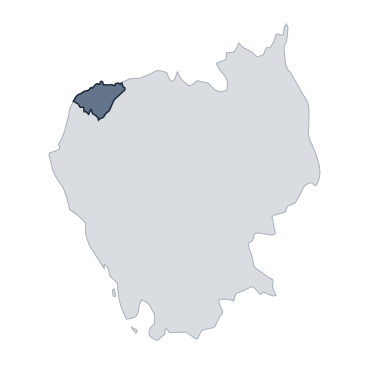 location of Otdar Mean Chey within Cambodia, rotated 348°
{"feature_id": "KHM-1782", "entity_name": "Otdar Mean Chey", "entity_type": "Province", "adm_level": 1, "iso_a3": "KHM", "parent_name": "Cambodia", "parent_adm1": "", "projection": "equal_earth", "projection_center": [103.537, 14.166], "detail": "fine", "context": "in_parent", "style": "filled", "palette": "slate", "viewbox_px": 384, "rotation_deg": 348, "n_neighbors": 0, "source": "natural_earth", "source_scale": "10m", "svg_char_len": 3983}
<svg xmlns="http://www.w3.org/2000/svg" viewBox="0 0 384 384"><g transform="rotate(348 192 192)"><path d="M319.3,47.3L320.1,51.0L318.1,58.0L315.9,64.4L311.7,69.9L311.5,74.0L310.2,86.2L310.7,90.0L311.7,93.4L313.1,95.1L316.8,107.1L320.2,117.9L323.5,126.8L324.1,132.5L321.2,146.7L317.8,159.9L318.1,166.4L319.7,173.0L321.3,181.7L322.0,192.9L321.1,200.2L319.6,204.7L316.6,209.4L313.9,211.7L310.8,207.8L308.2,207.6L304.8,208.8L302.2,210.6L296.8,217.5L290.8,224.1L282.5,225.8L279.3,230.7L275.8,231.4L269.2,231.6L264.9,232.8L265.2,235.3L264.8,247.0L264.9,249.7L264.3,250.4L261.3,250.8L256.2,249.0L249.4,246.1L244.5,245.6L242.1,250.7L240.6,252.7L238.7,253.0L236.8,253.9L236.2,256.2L236.0,259.1L237.0,263.9L237.3,271.7L237.1,277.0L238.9,280.3L249.4,291.5L252.5,294.3L252.8,296.0L251.0,302.1L252.7,310.7L249.4,310.5L243.9,306.9L241.3,304.6L238.2,306.4L237.1,306.1L234.9,301.8L232.1,297.5L229.2,297.2L223.1,298.9L216.9,300.1L214.6,300.1L213.6,300.9L210.0,307.3L208.5,306.2L202.2,303.8L196.5,302.8L195.3,304.5L196.0,309.7L197.3,314.8L196.5,317.0L193.4,319.7L189.3,324.5L186.7,328.3L185.0,329.2L178.6,329.1L172.3,329.6L169.8,333.1L167.5,335.9L165.4,336.7L157.2,327.9L140.8,324.8L139.0,320.9L137.5,320.2L136.0,325.2L127.0,330.0L123.2,327.1L120.5,323.6L120.9,319.2L123.5,315.7L128.0,313.2L130.0,304.3L126.6,292.9L123.6,289.6L120.5,286.9L117.2,291.2L114.4,298.4L111.5,302.1L107.4,303.0L101.4,302.7L99.1,291.9L98.3,282.6L99.2,272.0L100.1,265.7L94.3,257.1L94.0,248.8L91.2,244.6L90.4,246.7L90.5,249.1L89.7,247.4L80.6,223.3L79.1,212.1L80.7,203.5L81.6,200.6L79.0,196.0L75.3,190.9L68.8,184.1L68.4,173.5L66.9,160.9L65.0,156.7L62.0,148.9L60.4,142.5L59.9,125.6L60.7,124.2L65.3,123.7L71.2,122.5L72.2,119.8L71.1,117.5L74.9,113.7L80.4,105.3L84.6,96.5L87.6,91.0L89.4,85.5L95.5,77.7L103.9,72.3L109.6,71.1L115.5,69.3L121.2,66.6L123.9,66.4L130.9,69.5L134.8,70.4L138.8,70.3L142.9,70.6L146.5,70.3L155.2,68.1L164.4,69.9L172.6,68.5L182.7,65.9L187.7,67.5L192.2,70.1L192.9,75.2L193.9,77.6L195.4,79.4L197.4,79.4L200.0,75.8L202.2,72.1L202.9,71.4L203.0,73.2L204.1,77.3L206.0,81.2L208.0,83.8L211.2,87.3L213.4,87.5L220.3,84.2L230.7,89.0L231.9,91.4L235.3,96.2L239.0,99.7L247.1,100.0L249.9,91.4L248.5,86.1L243.9,77.0L242.6,71.6L244.0,70.7L251.9,69.7L253.1,68.6L254.8,62.7L257.0,63.4L261.3,64.1L265.9,60.1L268.6,55.9L270.1,57.8L271.7,60.8L273.5,62.5L276.8,65.0L280.5,68.6L282.7,72.2L284.6,73.5L289.2,72.6L290.4,72.7L293.1,68.4L295.0,66.1L296.6,66.8L299.0,66.7L303.8,61.2L306.5,56.3L308.0,54.9L312.4,57.4L314.1,56.9L316.6,50.0L319.3,47.3ZM96.0,277.6L95.1,278.2L94.3,278.2L93.4,277.2L93.5,273.3L94.2,270.9L95.6,270.5L96.0,277.6ZM109.7,315.9L107.9,318.5L104.9,313.1L105.0,311.6L109.7,315.9Z" fill="#d9dde1" stroke="#a8b0b8" stroke-width="1"/><path d="M126.2,64.9L126.7,65.1L127.1,65.4L127.4,65.8L127.6,66.5L127.4,68.1L127.6,68.7L128.0,68.9L129.7,69.1L132.6,70.0L133.6,70.2L134.2,70.1L134.6,70.0L135.0,70.0L135.8,70.3L136.3,70.7L136.8,71.2L137.4,71.6L138.1,71.8L139.0,71.7L139.2,71.3L139.4,70.8L139.8,70.2L142.5,70.0L143.9,71.5L145.6,71.0L146.1,70.7L146.1,70.9L146.3,73.9L146.5,74.4L146.8,75.0L147.5,75.6L147.9,76.1L148.0,76.5L147.9,77.0L147.7,77.4L147.5,78.2L139.8,82.8L136.4,84.7L134.5,86.3L128.2,95.0L127.5,95.6L124.7,96.9L123.8,97.5L121.6,99.8L120.8,100.4L119.8,100.8L117.9,101.1L116.9,101.4L115.5,102.3L115.4,100.1L114.7,98.6L114.4,98.1L111.4,95.0L111.1,94.6L111.0,94.4L110.4,90.4L109.2,91.4L108.5,92.3L107.1,94.6L105.1,91.7L104.5,91.0L104.3,91.0L103.9,91.0L103.6,91.1L103.4,91.1L103.1,91.1L103.1,90.7L103.6,87.3L103.6,87.0L103.6,86.7L103.4,86.5L101.0,86.1L100.5,85.9L100.2,85.7L99.7,84.7L99.3,83.2L98.9,82.2L98.6,81.9L98.3,81.6L97.8,81.3L95.4,79.0L94.8,78.6L98.2,74.8L99.8,73.6L100.8,73.2L103.8,72.6L106.1,71.7L107.6,71.1L111.0,71.1L112.0,70.9L112.9,70.4L114.3,69.1L115.0,68.8L115.2,69.0L115.5,69.3L115.8,69.6L116.4,69.7L116.7,69.5L118.6,67.8L120.5,66.5L121.4,66.3L122.3,66.7L123.0,67.3L123.7,67.5L124.7,66.8L125.0,66.3L125.1,65.8L125.2,65.3L125.7,64.9L126.2,64.9Z" fill="#64748b" stroke="#1e293b" stroke-width="1.5"/></g></svg>